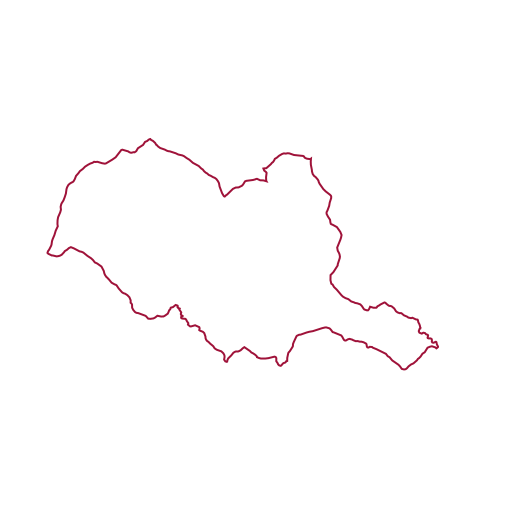 outline of Matanza, Santander, Colombia, rotated 288°
{"feature_id": "7082276B77365397936379", "entity_name": "Matanza", "entity_type": "district", "adm_level": 2, "iso_a3": "COL", "parent_name": "Colombia", "parent_adm1": "Santander", "projection": "orthographic", "projection_center": [-73.058, 7.329], "detail": "fine", "context": "isolated", "style": "outline", "palette": "rose", "viewbox_px": 512, "rotation_deg": 288, "n_neighbors": 0, "source": "geoboundaries", "source_scale": "gbopen_adm2", "svg_char_len": 6088}
<svg xmlns="http://www.w3.org/2000/svg" viewBox="0 0 512 512"><g transform="rotate(288 256 256)"><path d="M365.6,278.2L364.9,277.7L364.3,274.5L364.4,272.6L364.8,271.6L365.5,270.9L365.7,269.8L363.8,260.9L363.9,256.0L363.5,254.3L362.6,252.7L362.2,250.8L361.1,249.3L358.4,246.9L355.9,245.4L354.2,243.9L352.4,243.7L350.5,243.1L349.6,242.4L347.8,241.7L342.9,238.8L342.5,238.4L342.0,236.9L341.5,236.0L339.8,237.4L338.9,239.7L338.3,240.4L334.1,241.2L330.8,242.4L330.3,242.9L330.2,239.7L329.3,236.6L329.7,233.1L329.3,232.3L328.7,231.7L327.4,229.7L324.5,223.6L323.6,222.5L319.9,221.6L318.3,220.8L317.5,219.9L315.9,218.3L314.8,215.5L312.7,213.3L305.4,209.5L304.5,208.7L303.1,208.1L302.8,207.6L303.1,206.8L305.3,204.3L310.8,199.9L313.8,198.3L315.3,196.8L316.9,194.6L317.6,192.6L317.7,190.8L318.3,188.2L318.5,186.0L319.4,184.1L319.7,182.5L320.6,180.4L321.8,178.7L322.3,176.9L323.9,173.7L325.1,167.2L327.0,162.8L327.7,159.8L328.7,156.7L328.9,154.8L328.5,150.8L328.9,147.9L328.9,141.7L328.6,140.2L328.6,138.6L329.0,136.4L329.1,131.5L329.9,129.0L330.9,127.3L330.9,126.8L332.4,125.1L333.6,122.5L334.0,120.2L334.6,119.3L334.5,119.1L333.4,117.9L331.9,117.1L330.2,115.2L326.8,114.3L322.0,110.4L318.7,109.7L317.1,108.5L316.9,107.5L315.7,105.6L315.5,104.7L315.6,103.4L316.0,102.1L315.8,96.0L315.1,95.1L306.5,92.0L303.2,89.5L297.7,84.7L297.1,83.7L296.7,81.0L296.6,76.1L295.7,74.0L295.6,72.9L294.2,71.8L292.7,69.8L290.7,67.9L288.1,65.8L285.3,64.4L282.3,62.3L279.8,61.5L276.6,60.1L273.1,59.9L270.7,59.4L269.5,58.7L269.0,58.0L267.2,56.5L265.6,55.6L263.0,55.1L261.1,55.1L256.6,55.9L252.8,55.9L249.3,55.7L245.8,54.8L244.4,54.8L242.4,55.0L239.7,56.2L237.0,56.3L231.8,55.8L228.8,56.2L225.0,57.3L223.0,58.3L218.2,57.7L213.6,57.8L209.0,57.4L207.1,57.4L203.7,58.0L202.4,58.0L198.1,57.3L196.3,56.7L194.6,56.7L194.3,56.9L193.9,58.0L193.4,61.7L193.7,62.4L194.0,66.4L194.6,67.7L195.6,69.3L197.1,70.8L200.3,72.3L201.5,72.6L203.6,74.4L205.7,75.6L207.2,77.2L207.0,80.3L205.9,86.7L206.1,88.9L205.9,90.8L204.0,95.7L202.9,99.8L201.8,102.2L200.1,104.7L199.8,107.3L198.2,112.3L194.8,115.8L192.5,117.2L191.2,118.4L189.6,120.5L189.5,121.3L188.8,122.2L188.5,123.0L186.0,126.9L185.3,130.3L185.3,131.5L185.0,132.5L182.7,135.4L180.1,139.8L179.7,141.4L179.7,143.2L179.0,145.8L177.6,148.4L175.1,150.5L172.8,151.2L172.3,152.3L171.5,153.1L168.5,154.2L166.8,155.9L165.3,158.3L165.0,159.8L165.3,161.6L165.0,168.9L164.8,169.9L163.1,172.8L163.6,175.0L165.0,177.8L166.2,179.0L168.7,180.7L169.1,184.4L169.9,186.7L171.3,188.0L173.9,189.9L175.4,190.1L177.6,190.2L178.7,190.9L180.0,190.8L180.6,191.0L181.7,192.8L184.6,194.7L184.6,196.6L184.3,197.0L183.2,197.1L182.9,198.0L182.4,198.2L182.4,199.7L181.4,199.6L179.3,202.3L177.7,202.4L177.1,202.7L176.6,203.4L176.4,204.7L176.1,204.8L175.2,203.7L174.6,203.7L173.9,204.1L173.7,205.0L174.4,208.3L174.0,209.1L172.6,210.5L171.2,212.4L169.7,212.5L168.7,215.0L168.9,215.9L171.3,219.5L170.8,224.0L169.9,224.7L168.0,224.9L167.7,225.8L167.5,228.9L166.7,230.6L163.8,232.8L162.3,233.4L161.1,234.3L160.0,235.9L159.7,237.2L158.4,239.7L157.4,242.3L156.9,243.4L155.6,244.9L155.1,246.1L154.7,247.9L154.6,252.5L153.4,255.0L152.3,256.2L151.5,256.8L150.3,257.3L147.6,257.7L146.3,259.4L146.3,260.9L146.6,261.2L148.4,261.0L150.0,261.2L153.8,263.2L157.0,264.4L158.3,265.5L159.0,266.4L159.6,268.4L160.5,269.5L161.7,270.6L164.1,271.9L165.7,273.1L163.8,279.5L162.8,281.4L162.5,283.4L161.8,285.8L161.1,287.3L160.6,288.0L160.1,288.2L159.9,290.3L160.0,292.4L161.3,296.4L162.7,299.4L166.0,304.7L166.0,305.6L165.9,306.1L165.1,306.9L162.2,307.8L160.6,309.9L159.8,310.5L159.2,311.6L159.1,313.1L159.3,313.6L160.0,314.0L162.0,314.8L162.7,315.3L163.5,316.5L164.1,317.0L165.2,317.2L165.8,318.1L168.8,317.2L173.5,316.7L174.3,316.8L176.0,317.6L181.1,318.9L181.9,318.9L183.6,318.4L185.8,318.5L192.2,319.3L192.8,319.6L194.4,321.3L195.0,322.7L198.9,327.8L200.4,330.1L202.1,333.3L207.8,341.2L209.4,343.8L209.8,344.9L209.9,348.0L209.7,348.8L208.7,350.5L207.3,352.4L207.4,353.3L206.8,361.6L205.9,362.9L204.0,364.9L203.3,365.8L203.1,366.8L203.4,367.6L205.2,369.2L206.1,370.6L206.2,373.5L206.0,374.2L205.8,377.1L206.5,379.0L206.6,381.1L207.1,382.8L207.2,385.0L206.7,387.8L206.3,388.3L204.0,389.5L203.5,390.3L203.7,391.3L204.8,392.3L205.3,394.5L204.9,395.4L204.6,399.5L203.1,409.8L201.4,412.3L201.0,414.3L198.8,417.8L196.6,425.1L195.5,427.1L193.7,429.5L193.8,431.5L194.1,432.5L194.7,433.4L195.8,434.2L198.2,435.2L200.8,437.0L202.5,438.9L206.5,441.3L208.2,441.8L209.2,442.6L211.2,443.6L214.5,444.5L216.6,446.2L221.8,447.5L223.5,449.5L224.5,451.2L224.5,454.8L223.9,456.1L224.4,456.5L225.6,457.2L226.1,457.1L227.9,455.3L229.8,454.2L230.0,453.8L229.9,453.3L228.4,451.8L228.2,450.5L228.8,449.7L230.4,449.3L231.3,448.7L231.5,448.1L231.5,447.1L231.0,445.9L231.0,444.7L231.4,444.4L233.4,444.3L234.1,443.7L234.1,441.9L234.9,440.6L234.8,439.0L234.4,438.4L233.4,437.7L233.5,435.6L233.7,434.9L234.9,434.0L237.3,434.1L237.8,434.7L238.6,434.6L238.8,434.2L239.9,433.7L241.6,432.5L243.1,430.9L245.0,429.8L245.4,429.3L245.1,427.7L245.6,423.8L244.8,422.7L244.5,419.9L245.0,418.5L245.3,415.0L246.5,412.1L246.5,411.5L246.0,410.3L246.1,408.0L246.7,406.2L248.8,403.7L250.0,400.7L250.1,399.4L249.8,398.6L249.8,397.5L250.9,394.6L251.5,393.6L251.5,392.5L248.2,389.2L247.4,388.7L245.6,387.0L244.4,386.7L244.0,386.4L243.1,383.7L243.0,380.2L240.7,380.0L239.0,379.4L238.6,378.3L238.6,375.6L239.0,374.8L241.1,372.2L242.2,370.2L242.3,367.0L242.0,364.8L242.2,363.5L242.2,360.6L243.5,357.2L243.6,354.1L244.2,351.3L245.1,349.4L249.0,343.1L250.6,339.8L252.5,337.7L252.9,336.2L256.0,334.3L260.9,332.8L264.6,334.6L272.2,336.6L273.5,336.3L279.9,336.3L281.4,336.0L283.4,334.9L284.5,334.0L286.3,332.1L289.1,330.6L297.6,331.2L299.8,331.2L302.4,330.9L305.0,328.7L308.5,324.0L309.4,319.3L309.5,317.9L309.7,317.2L310.9,316.4L313.4,315.2L315.7,312.3L317.9,310.1L319.4,309.6L321.4,309.9L326.2,310.1L329.6,309.6L334.3,309.6L335.9,309.1L336.5,308.6L337.1,307.5L339.2,301.7L339.2,301.9L340.4,299.4L344.4,294.1L345.9,292.7L346.8,292.2L347.8,291.1L349.5,288.3L350.1,286.5L351.5,284.6L353.9,283.0L355.0,282.6L359.7,280.0L362.7,278.9L365.6,278.2Z" fill="none" stroke="#9f1239" stroke-width="2"/></g></svg>